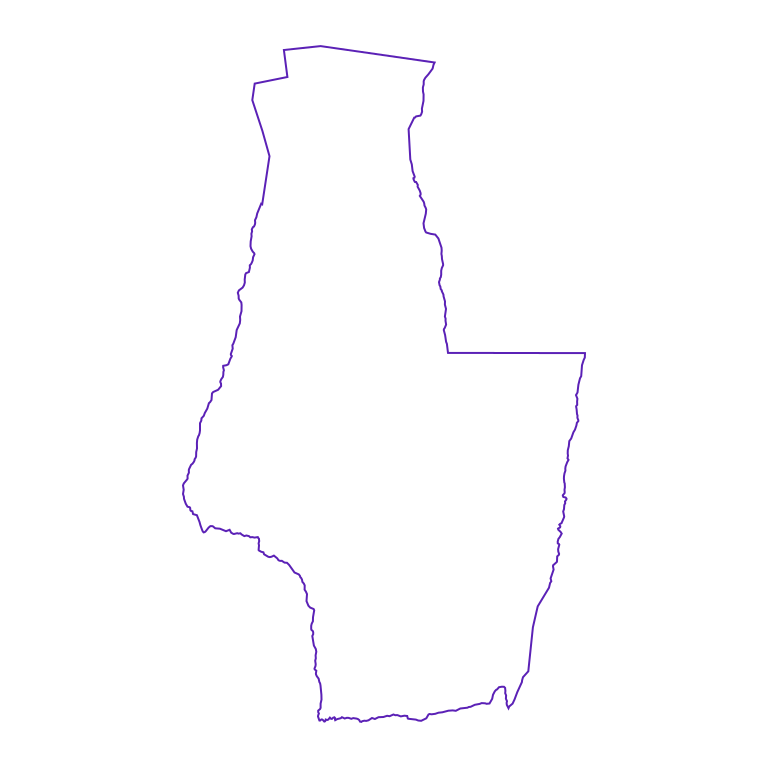 the district of Ullum, San Juan, Argentina
{"feature_id": "61730980B46716169011508", "entity_name": "Ullum", "entity_type": "district", "adm_level": 2, "iso_a3": "ARG", "parent_name": "Argentina", "parent_adm1": "San Juan", "projection": "equal_earth", "projection_center": [-68.925, -31.048], "detail": "fine", "context": "isolated", "style": "outline", "palette": "violet", "viewbox_px": 768, "rotation_deg": 0, "n_neighbors": 0, "source": "geoboundaries", "source_scale": "gbopen_adm2", "svg_char_len": 6111}
<svg xmlns="http://www.w3.org/2000/svg" viewBox="0 0 768 768"><path d="M261.2,203.7L257.2,213.5L256.4,217.2L255.0,220.2L255.2,222.9L254.9,224.5L254.0,226.5L252.9,227.2L251.8,229.4L252.1,231.3L251.4,233.8L251.6,236.3L250.7,241.4L250.5,246.2L251.1,248.7L252.7,251.6L254.2,253.2L254.5,254.2L253.1,257.2L252.7,260.4L252.0,262.2L251.1,264.0L249.8,265.3L249.9,267.7L248.9,272.0L246.0,273.2L245.3,274.5L244.7,279.5L244.8,282.6L244.0,285.3L242.6,287.6L238.9,290.4L237.8,292.8L238.6,295.6L238.7,298.6L239.3,299.8L241.3,302.4L241.6,305.0L241.5,311.2L240.0,316.5L240.2,320.0L239.8,323.4L236.7,330.0L235.7,337.2L233.3,343.7L232.4,345.2L232.7,348.7L230.8,354.1L231.0,355.1L231.8,356.0L231.7,356.5L230.4,358.6L228.3,364.3L226.5,365.2L223.2,365.8L223.1,367.1L223.9,370.3L223.4,371.9L223.3,374.8L222.9,376.9L221.2,379.3L220.3,381.4L220.4,382.5L221.0,383.4L221.1,386.1L218.1,389.8L213.2,392.0L212.0,393.4L211.5,400.0L210.1,402.1L208.9,403.2L207.3,408.6L204.8,413.0L203.8,415.8L201.5,418.3L201.3,420.6L200.0,423.2L200.0,430.4L199.6,433.1L198.9,435.4L198.3,436.2L197.2,439.6L196.9,443.1L197.0,448.4L196.2,452.1L196.1,456.4L195.7,457.6L194.6,459.3L194.5,460.5L193.8,461.9L192.5,463.7L191.1,464.8L189.1,469.0L188.8,470.0L188.9,472.7L187.5,475.6L187.6,478.5L187.3,479.2L183.8,483.4L183.0,485.4L183.7,489.8L183.0,494.0L183.9,496.8L184.0,498.8L185.8,503.8L187.5,506.7L189.6,507.2L190.1,507.8L190.4,510.2L190.8,510.8L192.4,511.3L193.1,514.1L196.9,515.2L199.5,521.9L200.4,525.2L202.1,529.9L202.8,531.5L203.7,532.4L204.7,532.1L205.6,531.4L208.6,527.6L210.4,526.1L212.1,526.1L213.0,526.4L215.2,528.3L219.9,528.7L226.0,531.2L229.6,529.8L231.2,532.7L233.3,533.9L234.0,534.0L237.2,533.2L238.4,533.6L240.4,533.3L241.5,534.4L244.3,536.1L246.4,535.5L248.9,536.1L250.3,537.3L252.4,537.1L254.5,537.6L257.8,537.1L258.2,538.0L258.9,538.6L259.2,541.1L258.6,543.4L259.0,545.3L258.6,550.0L259.1,550.6L261.3,551.8L263.4,552.3L264.1,554.3L268.3,556.8L269.8,557.1L271.6,556.7L273.9,555.6L277.3,558.4L278.3,560.0L279.2,560.6L280.4,560.9L281.8,560.8L284.5,562.6L287.0,562.8L289.1,564.9L294.5,572.5L298.8,574.4L299.9,575.8L300.4,577.3L301.1,577.9L302.0,579.6L302.4,581.9L303.8,583.5L304.7,585.4L304.6,589.7L305.9,591.6L307.0,594.1L306.5,601.1L308.4,605.7L310.2,607.6L313.6,609.0L314.2,610.3L313.0,617.3L312.9,621.3L311.7,623.7L311.2,625.8L311.2,629.1L311.4,629.8L312.9,631.2L313.2,632.3L313.2,634.2L312.3,636.0L313.9,645.6L315.8,649.0L316.3,651.8L315.6,655.3L315.8,658.4L315.2,660.7L315.7,664.2L315.5,666.0L314.5,668.5L314.7,669.4L316.3,670.7L315.9,673.6L316.0,674.4L316.8,676.2L318.6,678.6L319.4,682.1L320.1,683.3L320.5,685.5L321.4,694.8L321.5,699.6L320.6,703.6L320.6,707.8L320.1,709.0L318.2,710.6L318.2,712.1L318.9,713.5L318.2,715.2L318.0,716.5L319.4,720.5L320.0,720.6L321.3,719.5L321.9,719.4L322.8,719.9L324.2,721.5L324.7,721.5L325.3,721.0L325.7,719.5L327.1,720.0L328.3,719.6L329.9,717.6L331.2,718.9L332.1,718.8L333.2,717.7L334.4,717.3L335.1,718.1L335.0,719.6L335.2,720.2L337.2,719.1L340.8,718.2L341.9,717.2L344.7,718.5L346.9,717.8L348.7,717.9L351.3,718.8L353.2,718.1L356.6,718.6L358.0,719.1L359.3,720.1L360.0,721.6L361.4,721.9L362.2,721.2L364.3,720.7L366.2,720.9L368.5,720.3L372.0,718.0L374.9,719.0L378.5,717.2L383.4,717.0L387.1,715.8L389.6,716.2L393.4,714.5L395.3,715.2L397.4,715.1L400.8,716.4L404.4,715.7L407.2,716.0L407.8,718.5L408.7,718.8L415.9,719.6L418.2,720.5L421.2,720.8L426.3,718.3L428.5,714.5L429.5,714.0L431.6,714.3L435.3,713.8L438.5,712.7L442.3,712.3L448.4,710.7L452.7,710.4L455.8,710.8L460.3,708.5L467.4,707.7L468.8,707.0L470.6,706.8L474.8,704.8L479.7,703.9L481.6,703.1L485.1,703.3L486.6,703.8L489.5,703.5L492.2,698.8L493.0,694.8L494.8,691.3L496.2,689.8L497.1,689.4L499.0,687.2L502.0,686.7L504.0,686.8L505.1,687.9L505.4,690.9L505.2,693.2L506.1,695.4L505.9,698.7L507.0,701.2L506.6,702.9L506.8,704.8L508.5,708.2L509.2,706.5L512.6,703.6L514.6,699.3L517.3,692.1L521.9,682.1L522.1,680.3L523.0,677.2L528.3,671.3L532.9,627.3L537.7,606.4L549.0,587.7L550.1,583.0L551.3,581.3L550.6,578.4L553.6,569.6L553.0,566.4L553.1,565.3L556.8,562.0L557.0,561.3L557.2,556.4L558.9,554.8L559.1,553.9L558.3,551.6L558.1,549.2L559.3,544.7L558.8,543.9L557.8,543.4L557.7,541.6L558.4,538.9L559.8,537.1L561.7,533.6L560.7,532.0L558.3,529.7L558.0,528.6L560.1,527.4L560.3,526.2L559.3,524.7L560.2,523.8L561.5,523.2L564.0,517.4L564.2,516.4L563.2,511.5L564.0,509.1L564.3,505.0L565.2,503.3L565.0,501.4L566.4,499.5L566.5,498.6L565.6,497.5L563.4,497.0L562.8,495.7L562.9,495.1L564.5,493.3L564.7,492.2L564.5,489.8L564.9,487.2L564.7,483.3L564.3,482.5L563.9,478.6L564.0,476.2L564.5,473.3L565.4,470.7L565.3,468.5L565.6,466.4L567.2,462.2L568.5,459.9L567.5,458.3L568.0,455.6L567.7,453.5L567.8,450.2L568.8,446.2L569.3,441.1L571.2,438.5L573.4,432.3L575.0,429.6L576.4,425.5L576.9,422.8L578.3,421.1L578.3,420.2L577.4,417.8L577.5,415.5L577.0,414.0L576.6,409.2L576.1,406.6L576.3,405.9L577.2,404.9L577.1,401.5L577.4,398.7L576.0,395.1L577.5,392.5L578.4,384.7L580.0,378.3L581.2,376.2L582.0,365.2L583.7,359.9L584.8,357.6L585.0,353.1L448.0,352.9L446.9,343.9L446.1,341.8L445.1,335.1L443.8,330.1L443.9,329.2L444.8,327.8L446.1,324.6L445.5,320.7L445.6,318.7L444.9,316.5L446.0,308.9L444.9,304.6L445.0,301.4L443.6,296.5L443.4,294.5L441.8,291.2L441.8,290.4L440.7,289.0L440.3,286.4L439.6,285.3L439.0,282.1L439.9,279.6L439.9,278.5L440.8,277.1L441.2,274.6L441.2,270.7L441.8,268.1L443.1,265.3L443.1,264.1L442.0,259.1L441.8,255.9L441.4,254.0L441.7,250.7L441.5,247.7L438.4,238.5L435.3,234.6L430.5,233.8L426.2,232.5L425.5,231.6L424.1,228.0L423.5,223.3L425.8,213.7L426.2,209.4L425.6,207.7L424.5,205.6L424.2,203.4L423.7,201.8L419.8,195.9L420.6,194.7L420.6,193.2L419.7,190.5L417.6,186.7L417.8,184.9L416.1,182.0L415.0,182.0L414.6,181.5L413.6,179.4L413.4,178.2L414.4,177.7L414.7,176.7L412.6,171.1L411.8,164.4L410.3,159.5L408.6,129.1L414.2,117.7L414.8,117.7L416.1,116.4L420.4,115.6L421.2,114.3L422.1,111.7L421.9,108.7L423.5,100.9L423.6,94.4L423.0,91.6L422.9,88.6L422.9,87.4L423.7,84.4L423.7,81.2L424.1,79.9L425.4,77.7L428.4,74.3L432.6,68.6L433.5,64.8L434.6,62.5L320.6,46.1L283.9,50.0L287.4,77.0L254.7,83.6L252.3,100.1L262.4,130.9L269.5,156.2L262.2,204.3L261.2,203.7Z" fill="none" stroke="#5b21b6" stroke-width="2"/></svg>